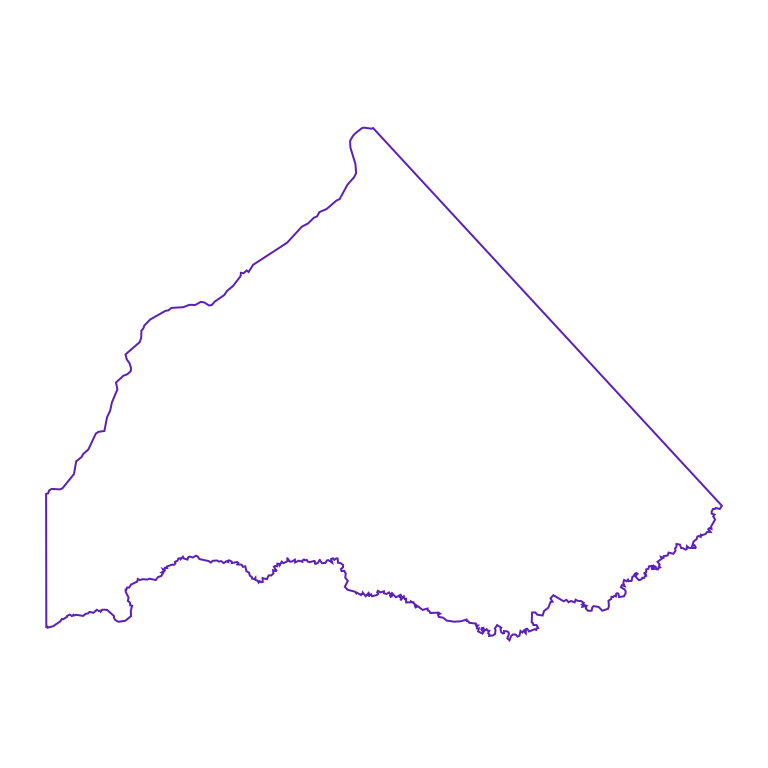 outline of Santa Rosalía, Vichada, Colombia
{"feature_id": "7082276B93791485890149", "entity_name": "Santa Rosalía", "entity_type": "district", "adm_level": 2, "iso_a3": "COL", "parent_name": "Colombia", "parent_adm1": "Vichada", "projection": "mercator", "projection_center": [-70.657, 5.042], "detail": "fine", "context": "isolated", "style": "outline", "palette": "violet", "viewbox_px": 768, "rotation_deg": 0, "n_neighbors": 0, "source": "geoboundaries", "source_scale": "gbopen_adm2", "svg_char_len": 6092}
<svg xmlns="http://www.w3.org/2000/svg" viewBox="0 0 768 768"><path d="M46.1,493.9L46.3,626.8L47.4,626.6L47.6,627.7L53.3,626.1L60.1,621.5L61.9,619.0L63.3,619.2L67.1,616.7L67.2,615.8L69.8,614.6L71.9,616.1L73.5,614.8L74.2,615.5L76.1,614.8L83.1,615.9L85.7,613.8L88.1,613.4L89.5,611.9L93.4,612.8L96.8,609.8L98.9,611.1L100.6,610.6L100.9,611.5L102.3,609.7L107.0,609.8L114.0,616.1L113.9,617.9L115.5,620.2L118.5,621.8L125.4,620.7L131.0,616.1L130.8,610.8L132.1,605.7L130.2,605.3L130.0,602.6L127.8,600.8L128.6,597.6L125.8,592.1L125.6,589.8L126.3,589.9L127.0,587.6L129.2,587.5L131.0,584.6L137.2,581.6L137.8,579.0L139.6,580.0L142.9,579.2L147.3,579.6L149.2,578.7L155.7,580.0L158.1,577.0L161.1,576.1L163.2,573.0L161.6,572.5L163.9,571.2L162.8,569.1L164.8,570.1L164.9,567.8L167.2,568.0L166.9,566.5L172.2,564.6L173.9,564.9L175.4,563.4L175.0,561.8L177.5,560.7L178.4,558.5L180.0,558.2L180.6,559.3L182.9,556.7L183.9,558.5L187.5,559.6L188.3,557.1L189.7,556.6L192.8,557.5L195.9,555.7L197.6,556.4L199.5,559.1L208.5,561.0L210.8,562.6L212.6,560.8L217.0,560.5L219.0,561.6L221.1,561.1L223.8,563.1L226.2,561.3L227.9,561.9L227.5,561.0L229.1,560.3L231.7,561.6L231.8,563.1L237.2,562.0L238.3,563.0L237.4,564.4L241.6,564.7L243.0,566.9L245.3,566.3L246.4,571.1L249.0,572.7L249.9,575.7L252.0,577.2L252.2,578.7L254.3,579.1L255.4,577.8L255.5,580.0L257.8,580.8L258.6,582.6L259.8,581.2L261.0,582.2L262.7,582.0L262.6,578.1L266.8,579.2L268.7,575.4L271.2,575.5L273.4,573.4L273.1,570.2L275.8,571.1L276.4,570.6L273.9,566.8L275.2,565.9L277.2,566.3L277.4,563.6L279.1,563.9L279.7,565.4L281.7,561.6L283.4,563.2L287.6,561.2L287.1,557.7L289.8,561.6L291.7,561.6L294.9,559.7L295.1,562.4L298.8,560.7L302.4,561.8L302.4,560.5L304.0,559.5L304.9,560.3L306.8,559.9L307.7,561.6L309.6,562.2L314.2,560.9L314.9,561.4L315.0,563.6L315.9,563.8L317.9,562.9L320.1,559.3L320.0,560.6L322.1,563.2L325.4,562.9L327.0,560.4L328.3,560.1L332.2,562.7L331.1,559.0L333.0,558.3L334.3,559.9L336.1,558.4L337.6,558.5L338.0,562.7L340.7,563.2L343.1,565.1L343.0,567.4L340.9,569.0L341.6,571.1L344.2,570.9L345.7,573.5L345.3,577.8L347.8,580.9L344.8,586.8L347.6,589.8L355.3,591.8L356.3,593.4L357.0,592.7L360.9,595.0L361.3,594.0L362.6,594.1L362.8,592.6L365.7,596.2L368.6,592.9L369.2,594.2L368.1,595.2L369.1,596.0L371.1,594.3L372.0,596.2L376.8,595.1L378.2,593.9L377.2,592.3L377.9,590.8L380.5,592.4L383.9,591.3L384.0,593.3L386.4,594.0L389.1,592.4L390.6,594.8L390.0,595.6L390.7,596.9L391.8,596.3L392.2,594.7L391.1,594.5L392.0,593.1L395.9,597.3L400.6,594.8L401.3,596.2L399.9,597.2L401.1,598.4L400.5,600.4L403.8,596.4L404.8,599.2L406.1,598.9L406.1,602.4L410.6,602.3L410.8,601.3L412.3,602.4L413.5,602.2L413.8,603.5L416.5,605.4L415.0,605.9L415.6,607.4L417.9,606.3L422.6,609.9L427.6,608.5L427.8,610.5L429.4,611.2L430.3,613.0L438.6,612.6L440.1,613.7L438.0,614.6L438.8,616.9L443.2,617.7L446.7,620.6L454.1,621.7L460.9,621.3L466.6,619.5L467.0,621.1L468.3,621.3L469.3,622.8L475.9,623.6L475.9,625.3L478.0,625.5L476.8,626.8L476.9,628.4L478.9,628.3L478.1,631.4L482.5,633.6L483.3,632.2L481.3,629.2L481.8,628.1L483.4,627.8L484.3,630.9L486.6,629.1L487.7,630.7L489.2,630.8L488.1,633.3L489.4,634.3L489.1,635.9L493.0,635.4L495.0,634.1L495.5,630.2L494.9,628.5L497.1,625.1L501.3,627.7L500.5,629.1L501.0,631.9L502.9,633.5L504.0,633.2L504.0,631.1L507.0,631.3L508.6,632.4L509.0,633.8L507.3,638.3L509.5,640.3L511.0,636.2L512.8,634.5L515.6,634.5L517.5,636.6L519.4,635.8L520.5,631.0L522.2,632.5L523.5,630.8L525.8,633.4L525.9,630.7L524.8,630.0L526.3,628.8L527.2,628.8L529.1,631.5L534.4,629.3L536.3,629.9L536.5,628.4L538.1,628.1L536.6,625.1L533.4,625.0L532.9,623.1L531.7,622.3L532.1,612.5L535.2,612.4L537.3,614.7L542.6,615.5L544.1,610.9L548.3,607.7L550.6,601.9L552.5,601.7L550.5,598.3L553.4,595.2L563.7,601.3L566.4,599.8L568.6,602.2L571.0,601.0L574.7,602.3L575.7,599.7L577.5,600.8L581.2,601.1L583.8,602.9L582.1,604.4L585.0,605.3L582.6,605.8L582.3,606.8L586.4,606.2L585.9,608.7L588.1,610.8L591.6,610.7L592.4,607.2L593.6,606.1L598.7,607.0L602.3,610.7L608.0,608.8L608.9,606.3L608.5,600.7L611.2,599.0L611.5,596.8L613.1,597.1L614.3,595.8L615.9,596.4L616.2,593.7L617.3,593.2L618.4,593.7L619.1,597.1L624.1,596.2L625.6,593.2L625.6,591.0L624.5,589.4L620.9,587.2L621.9,585.1L624.6,586.1L623.3,583.1L624.1,580.0L626.5,581.2L628.0,579.7L628.5,581.2L631.5,580.9L632.5,576.6L633.8,576.2L634.6,574.0L636.4,573.0L637.5,573.9L636.0,575.2L635.8,576.9L638.9,580.2L641.4,579.4L642.1,577.9L644.2,577.9L644.7,576.3L646.2,575.9L645.9,574.3L644.5,573.9L644.4,573.0L646.3,571.9L646.2,569.4L648.4,568.8L649.0,566.4L651.3,565.9L652.0,569.0L654.4,568.9L652.6,565.9L653.3,565.5L655.7,566.9L657.0,569.4L657.9,569.4L658.4,568.1L660.1,567.4L658.9,566.3L659.7,564.6L657.5,561.8L661.7,558.8L661.0,556.9L663.5,557.9L663.8,556.1L667.6,555.5L668.6,552.6L673.4,553.8L675.5,550.7L675.1,548.4L676.4,547.0L676.5,544.0L679.9,544.6L681.1,548.1L683.2,548.2L685.2,549.6L686.7,549.2L686.9,546.2L688.8,547.8L695.4,548.1L695.7,547.1L694.5,545.2L692.2,546.0L693.6,541.5L696.6,539.1L697.4,536.5L698.8,536.0L700.7,536.9L700.9,534.7L702.0,535.2L705.5,534.0L707.3,531.8L710.5,532.0L708.3,529.1L709.4,528.1L711.5,528.9L711.1,526.4L715.1,519.6L713.2,516.4L714.5,514.6L711.7,513.6L711.7,511.4L713.1,508.9L714.7,509.0L715.8,508.0L719.8,509.0L721.9,505.8L373.0,128.0L371.7,128.7L364.3,127.7L362.3,127.9L355.8,132.9L353.1,135.6L350.1,140.8L350.4,147.6L355.4,163.9L356.1,173.0L354.1,177.2L347.5,184.6L339.7,199.0L336.4,200.6L326.6,209.0L319.4,212.1L317.0,216.4L313.8,217.8L308.1,223.4L301.8,226.7L287.1,242.7L253.1,264.8L248.6,272.0L246.7,270.5L243.5,273.2L240.9,272.8L240.6,276.1L233.0,286.0L227.0,290.9L224.2,295.1L214.8,301.5L211.8,305.0L209.0,305.5L204.5,302.5L200.8,301.9L195.2,305.0L189.5,304.8L183.3,307.2L171.5,307.9L168.3,310.4L165.5,310.8L150.3,319.4L144.4,325.4L143.3,328.5L141.4,330.6L141.2,337.7L139.7,342.1L125.5,354.4L126.7,359.3L129.6,363.4L131.1,368.4L130.7,371.2L127.4,374.2L123.4,375.7L116.0,382.5L117.4,389.3L111.9,402.5L110.1,410.9L107.0,417.3L104.4,431.0L98.5,431.8L95.8,433.6L88.4,449.4L83.2,454.0L81.5,457.1L76.2,461.2L74.0,474.0L62.5,488.3L59.9,489.4L51.6,488.9L49.1,490.5L48.1,493.3L46.1,493.9Z" fill="none" stroke="#5b21b6" stroke-width="2"/></svg>